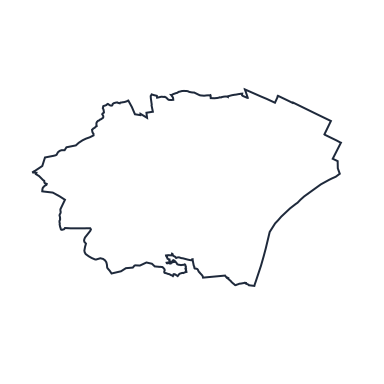 the district of Luncavita, Tulcea, Romania, rotated 81°
{"feature_id": "2599482B10547950725498", "entity_name": "Luncavita", "entity_type": "district", "adm_level": 2, "iso_a3": "ROU", "parent_name": "Romania", "parent_adm1": "Tulcea", "projection": "orthographic", "projection_center": [28.311, 45.281], "detail": "fine", "context": "isolated", "style": "outline", "palette": "slate", "viewbox_px": 384, "rotation_deg": 81, "n_neighbors": 0, "source": "geoboundaries", "source_scale": "gbopen_adm2", "svg_char_len": 5870}
<svg xmlns="http://www.w3.org/2000/svg" viewBox="0 0 384 384"><g transform="rotate(81 192 192)"><path d="M166.6,37.2L166.2,37.9L163.9,40.9L156.2,51.9L155.8,52.2L143.6,43.7L135.2,55.8L119.4,78.3L119.8,78.6L117.1,82.4L110.4,92.1L110.6,92.3L110.8,92.1L116.8,96.1L111.7,103.7L108.3,109.2L98.9,123.8L99.0,123.8L99.1,123.7L101.2,123.3L107.7,122.2L107.7,122.6L105.1,126.7L104.5,127.3L104.4,127.4L104.0,127.4L102.7,127.0L102.6,128.5L102.6,128.8L102.7,129.4L102.6,129.7L102.6,130.6L102.7,133.3L102.6,135.1L102.7,135.6L102.6,136.0L102.7,137.9L103.1,141.7L103.1,141.8L103.7,141.8L103.2,142.6L103.1,143.1L102.9,144.0L102.8,145.6L102.9,147.8L103.1,148.1L103.0,149.0L103.0,149.6L102.8,150.0L103.0,150.6L103.1,152.2L102.9,155.3L102.2,158.8L100.1,158.6L100.1,158.8L99.2,158.8L99.3,159.3L99.2,159.9L98.9,162.2L98.8,165.0L98.0,168.2L97.6,169.3L94.1,174.3L93.8,175.9L93.5,176.9L92.7,179.1L92.0,180.0L91.5,181.2L90.9,184.2L90.7,186.1L91.0,188.8L91.0,189.6L91.7,190.9L91.9,192.7L92.4,195.3L92.7,196.0L92.9,196.8L93.1,197.0L93.0,197.4L95.3,196.2L95.9,196.0L96.9,196.0L98.0,196.1L97.9,198.0L97.4,200.4L96.8,201.2L95.7,202.0L94.9,202.5L93.7,204.0L93.8,204.5L93.1,207.3L93.4,211.7L91.5,211.7L90.3,214.6L89.3,216.6L90.2,217.2L90.8,217.8L93.1,218.0L99.4,218.1L100.1,218.4L106.6,218.1L106.6,224.6L111.7,224.8L106.7,230.7L108.0,231.0L106.3,236.2L98.7,238.1L91.7,240.6L91.8,241.2L92.0,241.7L92.2,242.0L92.3,242.9L92.5,244.1L92.6,245.5L92.5,246.0L92.6,247.4L92.5,248.5L92.8,249.3L93.1,249.5L92.7,250.2L92.6,250.9L91.9,251.6L91.8,252.0L91.8,253.3L92.0,255.2L92.6,256.5L93.4,256.9L94.0,257.3L94.1,257.8L94.0,258.5L93.6,259.4L93.0,260.1L91.9,261.2L91.8,261.4L91.9,261.7L92.0,262.0L92.7,262.9L92.8,263.4L93.0,264.2L93.2,265.8L93.4,266.3L94.5,266.6L95.2,267.0L96.8,266.5L99.6,266.5L99.8,266.6L100.5,268.0L101.1,268.5L102.9,267.8L103.6,267.8L104.4,268.0L104.9,268.4L105.2,269.2L105.8,270.1L106.0,271.3L106.3,271.8L106.7,272.3L107.0,273.6L107.1,273.9L107.6,274.4L107.8,274.8L108.6,275.4L109.3,275.7L110.4,275.8L111.1,276.0L111.6,275.8L112.0,275.8L112.3,276.6L113.4,278.2L113.8,279.4L114.9,281.0L117.1,281.0L118.2,280.7L119.0,280.2L120.7,280.4L122.0,284.5L122.7,288.3L123.8,292.0L125.7,296.2L127.8,299.4L128.2,309.0L130.8,311.3L130.3,314.3L130.7,316.3L131.8,318.2L134.1,320.0L134.4,321.0L134.6,323.1L134.9,331.8L142.9,335.8L146.6,343.9L146.7,344.4L147.7,346.8L147.7,346.7L148.7,342.7L149.9,343.4L152.4,340.5L157.1,337.1L157.8,336.2L159.5,336.3L160.2,336.0L161.3,334.2L162.2,334.7L162.8,336.5L164.4,338.6L165.8,339.3L167.9,339.8L168.2,338.9L170.8,329.6L175.6,323.4L179.8,318.7L188.5,324.7L190.3,324.9L191.2,324.8L192.3,325.2L193.6,326.2L194.3,326.5L196.5,326.3L197.2,326.5L197.5,326.4L198.1,326.6L198.7,326.6L199.8,327.4L201.1,327.6L202.3,327.5L203.2,327.8L206.0,327.7L206.6,327.5L208.0,327.4L208.6,327.2L209.0,326.5L209.0,326.2L208.9,325.5L208.8,324.4L208.6,324.0L207.7,323.1L208.8,318.0L210.4,308.1L211.9,298.2L213.1,297.7L214.4,298.5L220.2,304.8L221.9,305.8L223.1,306.2L224.4,306.1L226.4,304.8L229.4,306.2L232.5,307.3L233.1,307.5L234.8,307.4L236.7,306.7L239.3,304.1L241.5,301.4L243.4,298.4L243.7,297.4L243.1,292.9L244.2,290.3L245.9,288.6L248.0,287.6L250.5,287.4L252.0,287.5L253.0,287.6L254.0,287.4L256.9,285.6L259.9,284.2L259.2,274.5L256.9,269.2L257.4,262.3L255.7,260.3L255.6,259.3L256.5,255.0L254.5,248.0L256.6,242.8L259.7,240.4L259.9,239.4L260.3,238.1L260.4,237.4L260.8,236.2L260.9,235.2L261.5,233.0L262.0,232.6L262.2,232.3L262.6,232.1L263.9,231.3L264.5,231.2L265.0,231.2L266.1,231.8L266.5,231.9L267.2,231.9L267.4,231.8L267.7,231.5L268.2,230.1L269.0,228.8L269.7,227.1L270.7,225.9L270.9,225.6L271.2,224.8L272.1,224.0L271.6,223.5L270.3,223.0L270.3,222.7L270.5,222.0L270.8,221.5L272.8,219.3L271.1,217.5L270.8,217.0L270.4,214.4L270.4,214.1L270.6,213.7L270.7,213.2L270.3,211.9L270.1,210.6L270.1,210.0L269.4,210.0L269.3,210.5L267.1,209.9L266.7,210.5L265.4,209.8L265.0,209.7L264.8,209.9L264.5,210.0L263.6,209.9L263.1,210.0L262.6,210.2L262.4,210.4L262.3,210.6L262.5,210.9L262.6,211.9L262.5,212.8L262.5,213.0L262.5,214.4L262.1,215.3L261.8,216.5L261.1,217.8L260.7,218.0L260.1,218.2L258.9,218.8L258.5,219.2L257.8,219.5L256.7,220.6L256.9,220.9L256.5,221.3L256.9,221.8L257.6,221.0L258.1,220.0L258.3,219.9L258.4,220.0L258.3,220.5L258.3,221.4L258.3,222.2L258.5,222.5L258.3,222.9L258.2,223.6L258.3,223.7L259.1,223.9L259.3,224.1L259.3,224.3L259.2,224.8L259.1,225.2L258.7,225.2L258.2,225.9L258.2,226.1L258.5,226.5L258.5,227.0L258.6,227.4L258.5,227.6L258.4,228.0L257.9,228.1L257.9,227.4L257.9,226.7L257.8,225.0L257.6,224.3L257.5,224.1L257.2,224.3L256.1,225.2L255.9,225.2L255.1,224.8L254.5,226.0L254.4,226.2L254.1,226.4L254.0,226.6L253.2,226.7L252.9,226.9L252.2,226.7L251.8,226.9L251.9,227.2L251.8,227.3L251.5,227.4L251.2,227.4L250.9,227.6L250.6,227.6L250.7,225.1L250.9,224.4L251.5,221.5L251.0,221.5L250.0,221.5L249.8,221.4L250.1,221.0L250.5,220.8L251.1,220.9L251.7,220.7L252.3,220.2L253.4,218.7L254.7,218.0L254.4,216.8L254.4,215.6L254.6,214.8L255.6,213.0L256.1,211.3L258.1,206.8L258.8,205.0L259.4,203.1L259.4,202.9L259.2,202.7L258.8,202.7L258.5,202.5L258.5,201.9L259.5,202.0L265.0,201.8L266.2,201.4L267.3,201.6L268.1,201.1L268.2,200.7L268.3,200.0L268.5,199.6L268.9,198.9L269.4,198.5L270.6,198.1L271.8,197.8L272.7,197.0L273.0,197.0L274.7,195.8L276.1,194.9L277.0,194.6L278.3,194.5L279.7,172.6L279.8,172.6L280.5,172.0L282.4,170.9L282.6,170.5L282.2,170.3L282.7,169.6L283.3,169.9L286.2,167.5L287.0,167.1L288.5,165.9L289.7,164.8L290.7,164.0L290.8,163.8L290.8,163.2L290.5,162.1L290.4,161.3L290.0,159.5L290.1,158.1L290.0,154.1L289.9,154.0L290.3,152.9L290.9,153.1L291.9,151.4L292.4,150.7L293.0,150.4L294.5,145.1L292.7,144.3L290.5,143.1L275.6,135.4L267.0,131.4L259.1,127.9L243.6,121.5L236.0,114.8L233.4,111.4L230.3,107.7L223.5,97.7L220.2,91.7L219.1,89.4L216.6,86.1L213.9,81.9L204.6,63.5L201.4,54.6L200.5,51.7L199.4,47.6L197.1,43.2L191.4,44.3L184.3,43.3L181.2,47.8L166.6,37.2Z" fill="none" stroke="#1e293b" stroke-width="2"/></g></svg>